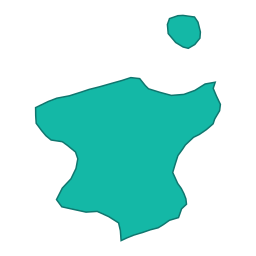 the district of Sadarak District, Şərur, Azerbaijan
{"feature_id": "54616110B79964383852369", "entity_name": "Sadarak District", "entity_type": "district", "adm_level": 2, "iso_a3": "AZE", "parent_name": "Azerbaijan", "parent_adm1": "Şərur", "projection": "albers", "projection_center": [44.899, 39.696], "detail": "fine", "context": "isolated", "style": "filled", "palette": "teal", "viewbox_px": 256, "rotation_deg": 0, "n_neighbors": 0, "source": "geoboundaries", "source_scale": "gbopen_adm2", "svg_char_len": 1083}
<svg xmlns="http://www.w3.org/2000/svg" viewBox="0 0 256 256"><path d="M215.2,82.2L205.1,84.0L194.9,90.4L183.9,94.4L171.3,95.4L159.8,92.3L148.5,88.8L145.3,85.6L139.7,78.6L130.8,77.6L121.9,80.5L112.9,83.0L99.9,86.7L89.2,89.4L81.1,92.1L69.4,95.8L56.8,98.2L48.2,101.5L35.6,107.6L35.7,115.6L36.2,123.3L41.7,130.7L45.9,135.7L51.1,140.0L62.3,141.7L67.3,145.3L75.5,152.0L77.8,158.8L76.0,168.5L71.0,178.8L62.3,188.1L56.5,199.6L61.8,206.8L74.5,209.6L86.0,212.1L97.2,211.4L108.7,216.6L118.6,222.9L120.4,230.7L121.1,240.6L127.1,237.8L133.5,235.2L143.4,232.2L150.3,229.8L158.1,227.8L163.5,224.5L169.4,220.3L178.5,217.6L181.6,208.8L186.5,204.2L185.9,198.9L183.9,193.6L181.3,188.5L177.7,183.5L175.2,178.0L172.7,172.5L175.1,164.4L177.9,155.6L182.6,149.1L185.3,145.0L193.5,137.3L199.4,134.4L206.4,129.6L213.1,123.8L214.7,119.0L219.6,110.7L220.4,104.4L216.4,96.0L213.2,88.4L215.2,82.2ZM194.8,44.5L199.9,38.2L200.4,32.0L198.0,22.2L194.5,17.0L183.0,15.4L177.9,15.7L169.5,18.6L167.4,24.5L168.2,33.6L175.7,42.5L183.1,47.0L188.3,48.3L194.8,44.5Z" fill="#14b8a6" stroke="#0f766e" stroke-width="1.5"/></svg>